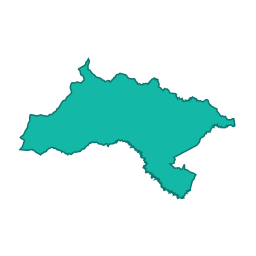 the district of La Jagua De Ibirico, Cesar, Colombia, rotated 187°
{"feature_id": "7082276B29749803006962", "entity_name": "La Jagua De Ibirico", "entity_type": "district", "adm_level": 2, "iso_a3": "COL", "parent_name": "Colombia", "parent_adm1": "Cesar", "projection": "robinson", "projection_center": [-73.393, 9.559], "detail": "fine", "context": "isolated", "style": "filled", "palette": "teal", "viewbox_px": 256, "rotation_deg": 187, "n_neighbors": 0, "source": "geoboundaries", "source_scale": "gbopen_adm2", "svg_char_len": 5731}
<svg xmlns="http://www.w3.org/2000/svg" viewBox="0 0 256 256"><g transform="rotate(187 128 128)"><path d="M175.7,191.8L176.7,189.3L177.7,188.2L177.9,185.8L178.8,184.7L183.9,181.0L184.3,180.3L182.5,178.8L181.4,175.2L178.6,173.9L177.5,171.2L177.5,170.4L180.0,166.9L184.3,167.5L185.8,166.2L189.0,166.1L189.6,165.4L190.3,162.2L190.0,160.3L188.5,157.3L188.5,155.4L192.5,151.0L193.5,147.8L194.7,147.7L196.2,146.6L199.3,139.5L200.9,138.2L201.6,135.6L203.3,134.8L205.2,132.1L207.3,131.9L209.1,129.8L214.1,129.9L215.9,130.5L219.6,128.9L226.2,129.4L226.8,128.8L226.9,126.1L226.3,123.3L227.5,120.5L228.0,115.5L229.2,113.6L231.0,108.1L232.9,106.6L233.7,105.5L232.6,104.6L229.6,103.5L229.3,103.0L230.4,96.8L232.6,93.4L225.1,93.6L220.5,95.1L220.2,94.6L218.6,94.5L217.3,93.2L211.4,90.7L210.6,92.2L209.3,92.7L208.6,93.8L207.3,94.1L206.1,95.0L205.5,96.5L203.8,98.1L201.0,99.7L199.7,99.4L199.4,98.8L197.5,99.1L196.2,98.0L195.5,98.3L194.5,97.4L193.4,97.8L192.7,97.2L191.2,97.2L190.8,96.0L190.1,96.6L188.7,96.4L186.7,94.9L185.4,94.9L184.5,94.1L183.4,95.6L181.2,94.8L178.9,97.3L177.6,97.8L176.5,97.6L174.8,98.5L173.8,98.5L173.1,99.2L172.4,99.1L171.0,101.4L169.3,101.8L168.3,102.7L167.7,104.4L165.3,106.2L165.3,107.0L164.2,108.5L163.0,108.4L162.7,109.4L162.1,109.8L160.2,109.4L159.6,110.0L159.0,109.6L157.4,110.2L155.1,108.7L152.3,108.8L150.3,107.9L148.9,108.5L148.3,109.6L147.1,110.0L146.1,107.7L145.4,107.3L144.6,109.8L140.4,110.7L140.3,111.4L139.1,111.5L138.6,112.8L137.7,112.1L137.4,112.8L137.8,113.4L137.0,113.4L137.3,114.0L136.5,115.1L136.3,114.6L135.7,114.9L134.0,114.3L132.6,115.3L131.4,114.1L130.1,114.6L128.3,113.8L128.1,114.2L127.5,114.0L127.3,114.6L126.9,114.3L126.9,114.7L126.0,113.0L125.9,113.5L125.2,113.6L125.2,114.6L124.4,112.5L124.5,111.5L123.2,111.4L122.9,111.9L122.3,110.8L123.0,109.0L122.5,109.1L121.8,110.2L120.6,109.4L120.2,110.4L118.7,108.2L117.4,107.9L118.0,107.0L116.0,106.3L115.5,106.7L115.1,106.0L114.6,106.4L114.8,105.7L115.5,105.6L115.3,105.0L113.3,105.6L111.3,105.5L111.6,104.0L112.3,105.0L112.3,104.3L113.0,103.7L110.8,102.4L112.0,101.7L111.8,100.9L110.4,100.0L109.7,100.5L108.6,100.0L107.8,100.3L107.4,99.9L108.1,98.9L107.5,98.6L108.2,97.7L106.9,97.0L107.2,96.0L106.1,96.4L105.8,94.8L105.4,95.6L104.7,95.4L105.1,94.2L106.2,93.4L106.4,92.2L107.0,92.7L107.6,92.5L107.9,91.1L106.6,91.8L107.5,90.3L106.5,89.7L106.4,90.6L105.7,89.4L105.2,89.5L104.9,85.9L104.1,86.0L104.2,87.0L103.3,86.8L103.0,87.2L101.9,86.3L100.6,86.5L100.1,85.9L100.7,85.5L100.5,85.1L99.5,85.8L99.0,85.1L98.4,85.2L98.8,84.4L98.2,84.3L98.4,83.7L97.8,83.6L98.7,82.9L98.7,81.5L98.3,81.2L96.5,82.9L96.4,83.4L95.9,82.8L96.2,82.2L95.3,82.1L94.8,82.4L94.9,82.8L94.4,82.7L94.1,82.1L94.4,81.4L95.1,81.9L94.3,80.9L94.7,80.4L93.4,80.9L92.4,80.7L92.0,81.9L90.9,81.3L91.2,80.4L90.8,79.9L92.0,79.9L92.2,79.4L90.5,78.6L90.5,78.0L89.6,77.2L89.2,77.4L89.3,78.1L88.8,78.1L88.7,76.6L87.7,76.4L88.2,75.4L86.9,74.4L87.6,73.9L87.1,73.7L87.3,73.2L86.1,73.0L85.5,72.2L84.8,72.7L84.9,71.7L84.2,71.4L84.9,70.8L84.6,70.5L83.9,70.7L83.4,72.4L80.8,70.5L80.6,71.1L79.7,71.0L79.3,68.7L78.5,69.6L78.0,68.9L77.4,69.6L77.6,70.5L76.8,70.8L76.5,70.0L76.9,69.4L75.6,69.3L75.9,68.9L75.5,68.3L74.4,68.2L74.5,67.6L74.3,67.8L74.3,68.5L73.7,68.8L73.7,67.6L73.1,68.2L72.7,67.4L71.7,67.8L71.3,67.1L71.0,67.9L70.5,68.0L71.0,67.6L70.8,66.9L69.9,67.1L70.8,65.3L70.0,64.2L68.3,65.5L66.9,65.1L66.8,64.7L66.0,64.8L65.3,66.5L64.7,66.0L64.9,65.2L64.1,65.3L64.6,67.2L63.4,67.9L63.4,69.8L62.6,70.4L61.0,70.0L62.1,71.0L61.4,72.1L62.0,72.8L60.3,73.5L60.0,72.7L59.4,73.6L58.6,73.7L58.7,76.2L57.7,83.4L56.4,85.2L55.7,88.4L54.9,89.8L57.2,91.0L60.8,91.7L64.2,93.5L66.7,93.9L67.6,98.8L69.2,93.5L70.1,93.3L72.5,94.7L76.6,93.8L81.9,97.4L79.6,97.9L78.0,98.8L78.1,100.2L77.4,102.8L79.0,104.3L57.5,119.4L55.4,122.7L54.9,126.7L51.7,128.9L51.3,130.5L50.0,132.4L49.6,132.3L49.7,133.7L46.3,134.1L46.8,134.7L45.7,135.4L45.4,137.8L43.8,139.0L43.7,139.7L43.2,139.5L43.7,140.3L42.9,139.9L42.3,142.0L41.2,141.2L40.0,142.2L40.4,141.1L39.6,140.8L39.3,141.1L38.3,140.0L37.9,140.5L37.7,140.1L36.1,140.3L35.8,139.9L35.5,140.7L34.3,139.9L31.6,140.2L30.7,141.3L30.5,142.5L30.0,142.7L29.3,142.4L29.3,141.9L28.8,142.6L26.4,143.6L24.1,142.4L24.1,142.9L22.7,142.7L22.3,143.6L24.1,150.0L25.4,150.0L26.5,148.9L29.5,148.3L31.1,149.0L32.7,151.3L34.4,151.0L36.0,151.5L36.5,150.9L37.2,151.0L41.2,155.2L42.0,156.4L42.1,157.8L43.9,158.2L48.4,160.1L48.8,160.9L49.6,160.9L51.2,163.0L51.6,164.8L52.9,165.7L54.2,165.5L56.5,163.1L59.5,163.8L61.3,163.5L62.4,164.1L63.0,163.4L63.9,165.3L65.1,165.1L65.2,165.8L66.8,166.0L67.6,166.6L67.8,166.1L68.7,165.9L68.3,165.7L69.1,164.9L69.0,164.5L70.0,165.1L70.0,164.4L70.9,164.0L70.6,162.7L71.3,163.1L72.6,162.0L72.9,162.5L74.4,162.6L74.4,161.7L76.2,161.1L77.8,163.7L78.1,162.7L78.7,163.3L80.2,163.2L81.0,164.4L81.5,163.9L82.4,164.0L82.5,163.4L82.7,163.9L83.8,164.0L83.1,164.1L83.1,164.5L84.1,165.3L84.4,166.5L83.9,166.9L85.0,167.9L90.4,167.7L91.7,169.0L91.8,169.8L93.9,171.5L95.1,171.1L96.5,171.6L97.9,169.4L100.7,171.8L102.8,172.6L102.4,174.8L103.5,177.4L104.5,178.4L104.1,179.5L105.9,180.2L106.3,180.1L106.4,179.4L107.0,179.3L107.8,180.8L110.5,179.0L110.9,177.9L111.8,177.2L112.0,175.9L112.8,175.7L112.9,174.4L113.7,173.7L114.3,174.4L115.6,174.5L117.2,173.6L118.3,173.9L118.8,172.6L120.2,172.5L122.2,173.4L123.5,172.6L124.3,173.3L124.3,174.3L125.4,174.7L127.5,177.6L128.4,177.7L129.7,176.9L131.1,177.4L132.6,177.2L133.7,177.5L136.5,180.4L142.6,181.3L143.3,180.4L145.8,179.5L146.7,177.9L146.6,176.9L148.1,176.3L148.1,175.1L149.6,174.1L149.6,173.3L151.3,171.4L152.0,172.7L153.4,172.7L156.6,171.1L157.8,172.4L159.6,172.5L160.2,173.4L161.7,174.1L165.9,174.7L167.8,176.6L169.9,177.4L172.6,180.5L174.7,181.2L175.4,184.9L174.5,188.8L174.6,189.9L175.7,191.8Z" fill="#14b8a6" stroke="#0f766e" stroke-width="1.5"/></g></svg>